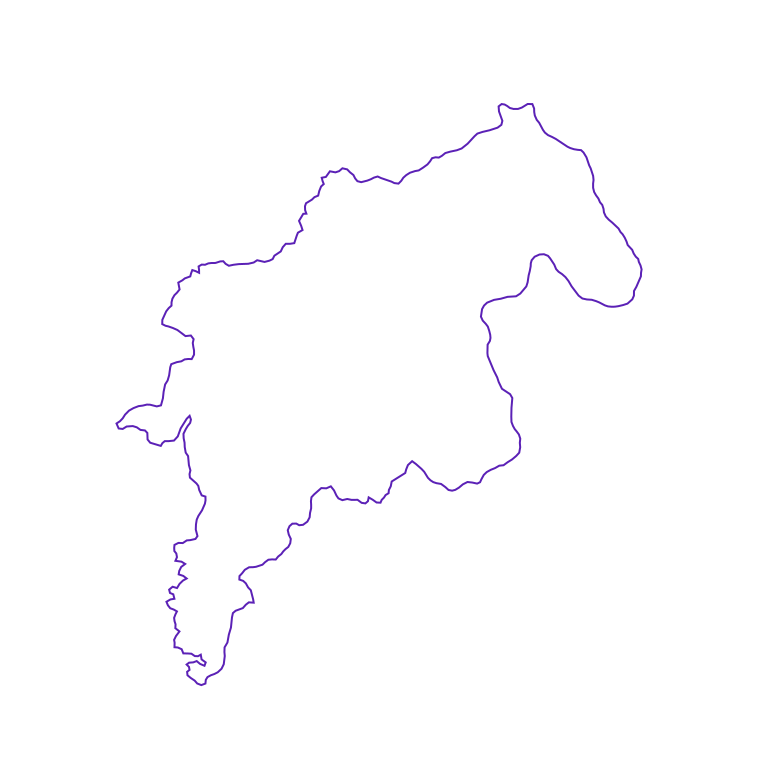 outline of Monte Carmelo, Minas Gerais, Brazil, rotated 252°
{"feature_id": "56859067B83982377642164", "entity_name": "Monte Carmelo", "entity_type": "district", "adm_level": 2, "iso_a3": "BRA", "parent_name": "Brazil", "parent_adm1": "Minas Gerais", "projection": "orthographic", "projection_center": [-47.485, -18.716], "detail": "fine", "context": "isolated", "style": "outline", "palette": "violet", "viewbox_px": 768, "rotation_deg": 252, "n_neighbors": 0, "source": "geoboundaries", "source_scale": "gbopen_adm2", "svg_char_len": 6166}
<svg xmlns="http://www.w3.org/2000/svg" viewBox="0 0 768 768"><g transform="rotate(252 384 384)"><path d="M429.1,117.4L423.7,117.9L422.0,121.6L423.1,126.1L421.6,132.1L419.2,135.5L415.6,138.2L413.7,142.3L410.6,143.8L404.3,142.0L400.4,143.5L394.1,152.6L396.2,154.9L397.4,157.8L396.2,161.6L395.1,166.8L397.9,171.7L404.6,176.9L411.9,185.6L413.8,189.3L409.8,189.4L406.9,187.6L404.8,184.4L402.4,181.6L398.6,177.9L394.3,176.7L389.9,176.2L385.6,175.0L380.0,174.2L376.0,175.4L367.1,173.4L361.7,173.2L358.4,171.2L354.9,170.5L347.4,174.9L344.5,175.9L340.3,175.5L334.4,176.2L332.1,179.4L328.5,178.3L325.5,176.7L320.1,171.9L315.9,166.7L312.9,164.0L308.6,161.8L303.7,160.0L297.0,159.6L294.9,156.8L295.4,151.4L296.2,148.1L294.9,143.5L296.4,139.4L295.7,135.0L292.9,133.8L289.9,133.0L287.0,134.1L283.3,133.6L280.3,131.0L277.6,136.5L274.3,139.3L272.7,134.6L269.5,131.5L266.4,129.9L263.5,133.8L260.0,136.2L259.2,132.1L257.1,127.8L253.9,124.1L256.5,120.3L254.8,116.1L251.4,115.9L249.1,118.6L244.5,118.3L245.1,114.3L244.1,109.8L240.3,110.1L236.8,111.4L234.5,114.3L231.7,116.8L229.3,114.4L226.4,112.1L223.1,111.5L219.9,111.5L216.2,110.1L211.9,113.0L208.6,108.3L205.5,105.3L202.6,104.9L198.4,103.4L197.1,106.5L194.3,109.6L189.8,109.9L188.4,114.0L187.0,117.5L183.7,120.0L182.6,123.0L183.2,126.1L178.4,125.4L174.3,128.4L171.5,126.2L174.6,122.6L178.4,120.2L178.2,116.6L179.2,112.5L178.2,109.6L175.2,111.1L172.2,110.7L171.1,107.8L167.7,107.1L164.1,109.4L160.4,112.3L156.9,113.8L154.1,117.2L154.3,121.6L157.7,123.1L159.8,125.6L160.5,129.3L160.6,133.0L161.2,136.8L163.4,141.5L167.0,145.0L174.5,148.5L178.4,149.4L182.8,151.0L186.5,155.2L193.6,159.0L199.7,163.2L209.0,167.3L212.8,169.5L214.2,172.8L214.5,180.5L216.8,184.4L218.1,188.0L216.3,192.5L219.6,193.0L229.0,193.6L232.5,191.9L237.1,191.0L240.3,189.2L242.7,186.0L246.0,187.2L247.8,190.5L250.3,194.2L251.4,199.1L250.3,202.6L249.7,205.8L249.7,212.6L251.3,215.8L252.6,219.7L251.8,223.3L250.5,226.8L252.6,230.0L254.0,233.8L255.9,236.4L257.4,239.3L258.6,242.6L261.5,245.6L265.5,247.5L270.2,246.9L274.7,247.3L278.0,250.2L279.5,253.7L278.3,257.5L275.9,259.7L275.1,263.5L276.8,268.6L280.2,272.1L284.2,273.8L288.3,276.3L291.7,277.4L295.1,278.3L298.7,280.0L300.6,283.4L304.4,292.2L302.6,296.9L303.1,301.8L298.2,303.6L292.6,304.3L289.3,305.3L286.4,308.5L286.0,313.5L283.9,317.2L282.0,323.1L277.9,326.0L276.2,329.4L277.5,332.5L280.9,334.4L277.4,337.5L273.6,340.3L272.2,344.0L274.5,346.0L276.0,348.9L277.9,351.2L278.7,354.6L281.7,355.9L284.6,358.8L288.9,361.2L292.8,376.7L295.9,378.7L299.5,381.7L301.9,386.9L298.1,389.6L291.7,393.4L288.1,395.1L281.2,396.8L278.1,398.4L275.5,400.5L273.5,403.2L271.3,407.4L267.0,410.5L263.3,412.6L261.5,415.8L261.3,419.1L262.3,423.3L264.2,428.0L265.0,433.1L263.0,437.5L260.5,441.8L260.9,445.0L263.2,447.1L266.7,450.8L268.5,454.5L269.4,459.1L269.7,463.6L270.7,468.4L269.8,472.6L271.4,477.4L272.6,482.3L274.7,487.5L276.9,491.4L281.8,494.0L286.1,495.0L289.9,496.7L294.3,496.7L297.9,495.5L300.7,494.4L304.3,493.7L308.5,493.5L313.7,495.0L322.0,497.9L331.0,501.7L335.3,500.8L343.0,494.7L350.5,493.7L355.3,493.7L363.2,492.5L378.5,491.3L381.4,491.9L389.4,494.7L392.2,498.0L394.9,499.5L397.9,500.2L401.9,500.5L406.5,500.5L409.7,499.4L413.8,497.5L418.1,497.0L424.9,500.4L427.7,503.4L429.5,507.2L430.0,514.7L429.0,521.4L428.7,528.5L426.6,536.7L427.9,541.6L432.8,549.5L436.3,552.0L442.7,555.2L446.3,557.5L450.7,559.9L453.4,560.9L456.1,562.7L458.5,566.6L459.1,571.9L458.0,576.2L455.2,579.6L452.2,580.8L445.0,582.8L440.1,583.2L436.8,584.7L433.5,587.3L429.6,589.6L424.9,591.3L418.9,592.6L407.9,596.4L404.0,599.1L401.7,603.1L399.9,607.6L397.3,611.3L395.1,613.9L390.5,618.4L388.6,621.0L387.2,624.2L386.2,627.4L385.6,630.9L385.2,635.8L385.2,640.4L387.8,646.3L390.8,649.0L395.2,650.5L398.4,654.0L407.0,661.6L410.3,662.8L413.4,664.4L417.5,664.6L421.4,664.1L424.4,664.4L427.3,662.8L430.9,661.8L434.9,661.5L440.9,658.7L444.4,658.7L448.6,658.2L452.7,657.2L455.4,655.9L459.4,655.1L466.9,651.0L470.9,648.5L474.8,646.7L479.2,646.2L482.7,646.9L486.9,646.9L490.0,645.6L494.2,645.2L497.8,644.0L501.6,643.2L505.9,643.5L510.0,644.8L513.2,646.3L517.3,647.2L525.2,647.2L528.6,646.7L537.0,646.6L542.5,645.3L545.5,643.7L546.8,640.7L548.6,637.2L550.9,634.0L553.0,631.8L564.0,623.1L567.1,620.1L570.0,616.9L573.4,614.7L576.6,613.7L584.5,612.3L588.0,610.9L592.7,610.4L596.2,610.9L599.6,611.9L604.4,611.6L605.9,607.1L604.3,600.5L604.2,596.5L605.5,592.3L607.6,589.0L610.3,587.1L612.5,585.1L613.9,582.4L612.6,578.8L607.7,577.6L597.7,577.9L594.2,575.7L592.7,571.2L592.7,562.8L593.3,555.6L593.3,550.2L591.7,546.7L586.7,537.8L584.0,530.6L583.8,525.5L584.5,518.9L584.7,513.7L583.1,509.5L582.4,506.1L583.7,503.0L583.9,499.5L581.6,496.7L579.4,493.2L577.7,488.0L576.4,483.0L576.9,479.3L576.9,474.0L575.8,469.7L574.2,466.1L571.9,463.2L570.1,459.7L571.9,455.9L574.1,453.7L580.8,444.8L583.3,442.1L583.4,438.3L582.8,434.7L582.6,430.9L583.0,424.7L585.1,421.4L588.4,420.1L592.2,419.5L595.8,417.1L599.5,415.3L602.0,411.1L600.3,407.1L600.3,403.2L603.0,398.3L598.9,392.7L599.4,388.5L595.9,388.3L592.8,388.5L591.3,385.2L587.6,382.1L583.5,379.6L583.2,375.6L581.6,372.4L580.0,365.7L577.5,363.8L573.7,362.7L570.0,362.8L570.8,359.8L565.4,353.6L560.0,354.1L555.6,354.1L554.5,348.9L552.1,346.9L545.7,342.2L546.4,337.8L547.7,333.9L545.4,330.0L542.0,326.8L539.9,319.4L537.2,316.7L536.7,313.2L537.0,308.1L540.9,301.6L539.8,297.6L540.3,292.0L542.9,282.9L543.9,277.7L544.4,273.0L547.2,270.5L550.4,269.1L551.2,266.1L551.2,261.1L552.4,257.3L553.0,254.2L552.7,250.7L553.9,247.5L553.1,244.0L549.8,243.4L546.9,242.5L549.5,239.8L551.6,236.9L548.7,234.6L546.2,233.0L546.0,227.2L544.9,224.2L544.0,219.7L537.1,218.8L534.8,215.3L533.2,212.1L530.5,209.1L527.4,207.2L524.2,206.1L522.7,202.7L520.4,199.3L513.5,193.0L509.5,191.6L506.9,194.2L505.4,196.7L502.6,200.4L499.2,204.2L490.9,210.0L489.8,215.3L485.5,216.8L482.1,214.8L478.0,214.1L474.6,213.7L470.6,212.4L467.1,208.8L468.3,205.5L469.0,202.0L468.2,198.3L468.8,193.7L468.6,187.8L466.0,185.9L458.6,182.3L454.2,179.3L451.2,175.7L444.7,172.0L438.7,169.3L432.6,165.3L432.9,161.0L436.6,155.1L437.7,152.1L438.0,148.0L438.8,143.7L438.5,138.3L437.5,133.3L434.9,128.3L432.1,124.9L430.2,121.4L429.1,117.4Z" fill="none" stroke="#5b21b6" stroke-width="2"/></g></svg>